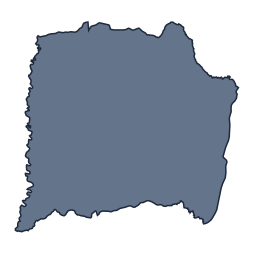 the district of São José do Xingu, Mato Grosso, Brazil, rotated 182°
{"feature_id": "56859067B62238110035990", "entity_name": "São José do Xingu", "entity_type": "district", "adm_level": 2, "iso_a3": "BRA", "parent_name": "Brazil", "parent_adm1": "Mato Grosso", "projection": "robinson", "projection_center": [-52.561, -10.682], "detail": "fine", "context": "isolated", "style": "filled", "palette": "slate", "viewbox_px": 256, "rotation_deg": 182, "n_neighbors": 0, "source": "geoboundaries", "source_scale": "gbopen_adm2", "svg_char_len": 5773}
<svg xmlns="http://www.w3.org/2000/svg" viewBox="0 0 256 256"><g transform="rotate(182 128 128)"><path d="M226.9,192.4L227.2,191.4L225.8,190.5L225.0,190.9L224.5,190.3L224.8,189.0L225.6,188.2L226.8,188.3L227.5,187.8L227.9,186.9L227.5,184.7L226.9,184.0L226.9,183.2L226.0,182.0L226.0,180.9L227.7,177.9L228.9,177.4L229.1,176.5L228.3,174.7L226.7,172.6L226.5,171.6L226.7,170.0L227.2,168.8L224.8,165.8L224.8,164.8L225.3,164.2L226.5,164.0L227.2,164.9L228.1,164.5L228.5,163.4L227.4,162.0L227.2,161.2L228.5,158.7L227.7,156.9L228.0,156.2L229.4,155.5L230.0,154.3L230.5,153.8L230.6,153.0L229.4,150.0L229.5,147.9L228.8,147.0L227.8,146.4L227.6,145.2L228.9,144.8L229.4,144.0L227.3,142.6L227.5,141.9L228.7,141.9L229.6,141.1L230.8,141.0L231.2,140.4L231.2,139.6L230.1,136.9L227.1,135.3L226.5,134.6L226.8,130.4L227.1,129.7L228.6,129.0L227.9,127.5L225.5,126.7L225.4,125.5L225.8,124.7L228.4,126.8L229.1,126.8L229.9,126.2L229.5,125.3L228.1,124.2L227.4,122.4L224.0,121.1L223.8,119.9L224.7,117.4L225.7,117.2L226.2,116.7L223.8,114.1L224.0,113.1L224.7,112.7L226.7,113.0L226.9,112.1L226.9,109.4L227.3,108.3L228.1,108.0L228.5,107.4L227.4,105.8L225.7,104.7L225.6,103.4L226.5,101.9L228.6,100.0L229.5,96.9L229.3,96.1L228.7,95.4L226.1,93.9L226.2,91.2L225.9,89.9L224.0,88.1L224.2,87.2L225.2,86.8L227.8,87.7L228.2,86.9L227.8,82.9L227.3,82.1L224.6,81.1L224.4,79.4L224.8,78.7L228.9,79.1L229.0,78.3L228.3,76.5L227.0,76.4L226.5,76.0L227.1,73.2L226.8,72.1L226.2,71.3L222.6,70.3L220.8,68.6L220.5,67.7L220.7,66.9L221.3,66.3L225.9,64.1L226.7,63.2L225.6,62.8L223.6,62.6L222.2,61.4L222.2,60.7L222.7,60.1L223.6,60.0L225.0,60.6L226.0,60.3L226.7,58.9L226.4,57.9L225.8,57.5L224.8,57.6L223.9,56.8L224.5,55.4L225.4,54.7L227.2,54.0L227.8,53.3L227.9,52.2L228.7,51.8L230.0,52.0L230.8,51.6L230.0,50.1L227.2,47.8L227.3,46.9L228.5,46.0L229.2,45.9L231.0,47.0L231.7,47.1L232.8,45.5L233.0,44.6L232.4,42.5L233.2,40.4L232.0,37.1L232.0,36.2L233.6,34.1L233.5,33.0L232.5,31.1L233.7,30.8L234.4,30.1L234.9,28.2L234.7,25.6L237.0,23.5L236.9,21.8L234.9,20.9L234.3,21.5L232.5,20.8L231.4,21.0L230.4,20.6L228.8,21.5L225.5,22.4L224.2,21.9L223.5,22.9L221.8,24.1L220.8,24.0L220.1,24.4L219.3,26.4L218.4,26.5L217.9,27.3L218.3,29.5L217.6,30.2L216.9,32.0L216.0,32.4L215.2,31.9L211.7,34.3L209.8,34.1L208.0,34.6L206.5,35.9L206.0,36.9L203.9,38.6L203.0,38.7L201.8,39.9L201.5,40.8L199.7,42.1L199.1,42.9L198.9,43.8L198.1,44.1L197.1,43.5L195.7,41.7L194.4,41.5L193.7,41.0L193.1,39.8L192.3,39.4L191.7,38.8L188.9,38.0L187.4,39.1L186.6,40.7L185.6,42.0L185.4,42.9L183.5,43.7L181.4,44.1L179.1,43.7L178.2,42.9L177.5,41.0L175.5,39.3L174.1,39.4L172.0,38.7L168.0,38.2L166.6,37.4L162.2,36.9L161.6,37.4L161.3,38.3L161.4,39.5L160.9,41.3L159.4,42.3L158.2,43.8L157.3,43.9L156.7,43.0L155.5,39.6L154.0,40.9L153.4,42.5L152.6,43.3L150.5,44.1L144.8,44.1L142.4,43.7L141.4,43.9L139.4,44.9L136.3,45.3L133.3,47.3L128.1,48.7L124.2,50.2L122.7,50.3L120.0,49.1L118.4,49.1L114.9,51.4L112.6,53.9L110.4,54.0L106.2,56.1L104.7,56.0L101.6,55.1L96.5,52.2L95.3,52.1L93.0,52.5L91.5,52.3L90.0,51.2L87.8,51.0L85.5,51.9L83.3,51.8L82.5,52.2L81.6,51.9L80.5,53.3L79.5,53.2L77.9,53.9L76.4,53.3L76.1,54.3L74.3,54.7L73.2,56.0L73.0,57.0L72.1,57.0L71.6,56.2L70.6,55.8L69.9,54.5L69.2,50.3L67.3,50.1L66.3,49.6L65.4,49.8L65.3,48.8L64.4,48.2L64.4,46.4L63.6,46.1L63.0,46.5L62.9,45.5L62.0,46.8L60.8,46.7L60.4,47.3L59.8,46.5L59.8,45.5L59.0,44.1L59.4,43.2L58.6,42.9L58.9,40.9L58.1,40.4L56.4,40.7L54.3,41.7L52.8,39.7L51.4,40.2L50.8,39.6L49.7,39.2L50.0,37.7L49.3,37.3L49.8,36.4L49.0,34.8L46.9,35.4L45.0,36.3L41.8,39.0L40.2,41.6L38.0,45.8L36.5,49.2L32.8,71.3L31.5,75.7L29.3,81.0L29.0,82.2L28.6,86.9L29.0,93.2L27.9,97.5L28.5,99.2L31.3,101.7L31.8,102.2L31.9,103.2L29.8,111.9L27.2,119.0L26.5,122.9L26.3,134.7L27.1,140.9L26.7,143.4L25.5,147.7L25.7,151.8L25.5,154.4L24.5,156.3L22.2,158.7L20.7,161.4L20.1,165.8L20.9,166.6L21.2,168.0L21.0,169.1L19.0,172.1L20.2,173.1L21.7,173.5L22.1,175.6L23.9,178.8L24.8,179.8L25.7,180.3L28.1,180.1L28.9,181.6L27.7,182.5L28.4,183.3L30.0,183.3L30.0,182.3L30.6,181.6L31.4,182.0L33.0,182.1L33.7,181.6L33.9,180.9L35.3,180.2L35.9,181.6L36.6,182.1L37.9,180.9L38.7,181.5L39.5,181.7L40.3,181.0L41.5,182.1L43.0,181.4L44.0,181.9L44.7,181.2L45.5,181.0L46.3,182.8L47.2,183.2L47.9,182.7L50.4,184.6L50.5,185.5L53.2,187.2L53.8,188.1L55.2,189.3L56.4,191.5L57.3,192.0L58.7,193.6L60.4,194.7L61.2,194.8L61.5,195.8L62.8,197.3L62.7,198.3L63.6,199.4L64.5,202.0L63.9,204.5L64.9,206.6L65.3,208.6L64.9,209.4L65.5,210.1L66.4,212.5L66.6,213.4L66.3,214.7L67.0,216.2L66.6,217.2L66.9,218.1L69.0,219.2L69.9,219.3L73.1,222.7L73.1,223.5L73.8,223.4L74.5,225.9L75.1,226.2L76.0,228.1L75.8,230.1L76.3,230.9L77.0,231.0L79.2,233.0L81.0,233.8L81.4,233.0L82.6,233.1L85.0,234.1L86.6,235.2L87.6,235.4L89.2,235.1L89.6,234.1L91.0,233.7L93.2,232.2L94.3,230.7L95.2,227.5L96.0,226.6L96.8,224.1L97.7,222.4L98.7,221.0L100.5,219.5L101.3,219.4L102.1,219.9L103.3,219.9L104.1,220.7L106.0,221.4L112.4,221.9L113.8,223.5L116.9,225.1L120.4,228.1L121.4,228.0L125.7,226.1L126.9,226.0L130.0,227.5L131.1,227.7L133.0,226.6L135.1,225.9L145.7,225.5L149.0,226.1L149.9,229.1L150.3,229.9L150.9,230.4L159.9,232.1L160.7,232.0L163.8,229.8L167.7,228.6L168.7,227.9L170.7,224.2L171.7,232.5L173.6,232.2L176.0,231.1L177.7,226.9L179.6,225.8L181.9,223.1L183.4,222.2L184.4,221.9L188.3,222.2L191.6,221.5L193.7,221.7L196.1,221.0L200.8,221.5L203.6,220.0L208.8,219.3L211.0,218.6L213.4,217.3L216.6,216.7L218.3,216.0L219.6,216.4L220.3,216.3L221.1,217.0L222.0,215.7L222.0,214.8L221.4,213.8L221.4,212.3L221.9,210.7L223.2,209.1L222.2,207.8L220.1,208.0L219.8,206.9L221.2,204.8L220.4,203.6L219.4,204.9L218.5,205.0L218.0,204.5L218.4,203.4L219.3,202.6L220.2,202.3L219.9,200.8L220.4,199.5L221.5,199.0L222.6,197.3L223.7,196.3L224.1,194.5L223.0,194.2L222.8,192.8L224.6,192.6L225.0,193.5L225.4,192.2L226.0,192.0L226.9,192.4Z" fill="#64748b" stroke="#1e293b" stroke-width="1.5"/></g></svg>